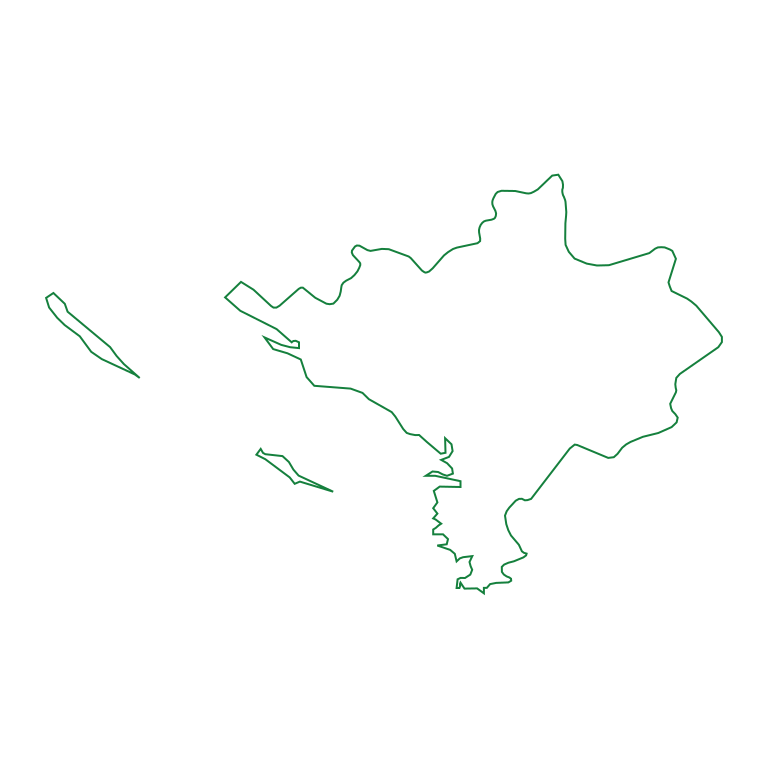 the border of Šibensko-Kninska
{"feature_id": "HRV-1491", "entity_name": "Šibensko-Kninska", "entity_type": "County", "adm_level": 1, "iso_a3": "HRV", "parent_name": "Croatia", "parent_adm1": "", "projection": "orthographic", "projection_center": [15.941, 43.766], "detail": "fine", "context": "isolated", "style": "outline", "palette": "green", "viewbox_px": 768, "rotation_deg": 0, "n_neighbors": 0, "source": "natural_earth", "source_scale": "10m", "svg_char_len": 3647}
<svg xmlns="http://www.w3.org/2000/svg" viewBox="0 0 768 768"><path d="M486.7,587.9L483.9,587.9L483.9,593.3L477.1,588.4L464.5,588.6L460.5,582.6L460.0,584.0L460.1,586.2L459.4,588.0L456.6,588.0L457.6,579.3L460.6,577.9L465.0,578.0L470.3,574.6L472.2,569.8L470.6,566.1L469.5,562.0L472.3,556.1L463.1,557.2L459.8,558.4L456.6,561.4L454.8,553.8L450.2,549.9L437.3,545.5L446.7,544.3L448.0,539.1L443.0,534.3L433.2,534.3L433.2,529.5L435.8,527.9L438.6,525.4L441.2,523.7L435.6,519.5L433.2,518.4L437.4,513.6L433.2,508.2L437.4,502.4L433.8,490.9L439.7,486.6L460.5,487.0L460.5,481.2L435.2,475.8L425.8,475.8L432.5,471.5L438.1,472.0L442.7,474.4L447.0,475.8L452.9,473.6L452.1,468.5L447.1,463.2L441.2,459.9L449.0,456.9L452.6,451.1L451.5,444.3L445.1,438.2L445.5,452.8L440.7,453.7L426.9,442.0L419.1,435.0L415.3,435.1L410.1,434.1L406.7,432.9L403.2,429.0L395.4,416.7L391.7,412.1L368.9,399.2L362.5,392.9L350.6,388.6L314.3,385.8L306.6,377.1L300.8,359.5L287.5,353.3L273.2,349.1L264.5,337.4L281.3,344.9L290.1,347.2L299.0,348.1L299.0,342.3L295.7,340.8L293.4,341.0L292.2,341.8L291.7,342.3L276.6,329.1L240.3,310.8L225.1,297.4L241.0,281.9L253.5,289.7L271.1,306.0L273.5,307.6L276.4,307.6L279.6,305.7L298.7,288.9L300.8,287.7L302.9,287.7L315.3,297.8L326.4,303.7L329.7,304.2L333.4,303.6L337.3,299.7L339.6,295.8L340.7,291.6L341.3,287.3L341.7,285.2L343.4,282.7L346.1,280.7L351.1,278.1L354.5,275.0L357.4,271.4L359.2,267.9L360.3,265.0L360.2,263.3L359.3,262.0L352.9,255.1L351.8,252.5L352.0,250.6L355.0,246.5L356.9,245.5L359.5,245.7L367.4,250.1L370.5,250.9L381.9,248.9L388.8,249.2L408.7,256.5L410.8,258.1L421.9,270.5L423.9,271.9L425.3,272.6L426.8,272.4L429.1,271.5L432.7,268.3L444.0,255.4L448.1,252.1L453.0,249.0L456.9,247.6L477.5,243.2L480.1,241.1L480.2,238.6L479.1,232.5L479.0,230.0L479.6,227.4L480.7,224.9L482.3,222.8L484.0,221.4L485.8,220.7L491.5,219.7L493.9,218.8L495.0,217.8L495.8,215.9L496.1,213.4L495.4,210.9L493.1,206.4L492.4,204.3L492.3,202.6L492.3,202.0L492.4,201.3L492.6,200.3L493.4,198.3L495.7,193.9L497.6,192.0L501.5,190.8L515.2,191.0L526.2,193.3L528.6,193.5L530.9,193.1L533.9,191.7L537.8,189.4L552.2,175.6L558.3,174.7L562.4,181.2L563.0,184.7L562.9,187.8L562.3,189.7L562.3,191.9L562.7,194.0L563.1,195.3L563.5,196.1L563.8,196.6L565.1,200.0L565.5,201.8L566.3,212.1L566.1,215.6L565.4,223.3L565.2,238.8L565.6,244.9L568.8,251.8L574.6,258.6L586.7,263.6L597.0,265.5L608.9,265.2L649.3,253.1L655.1,248.7L657.9,247.4L661.2,247.2L664.7,247.4L669.9,249.5L672.3,250.9L675.9,258.8L668.5,282.4L669.8,286.5L671.6,291.0L687.1,298.6L691.3,301.5L696.3,305.7L718.9,332.2L721.9,336.9L721.9,342.1L718.3,347.2L679.9,373.9L676.3,377.9L675.3,384.2L675.7,387.8L676.3,390.3L675.9,392.3L670.2,403.8L671.1,408.2L672.3,411.0L675.3,414.1L677.7,417.6L676.6,422.4L671.6,427.1L658.3,433.0L642.9,436.8L630.6,441.9L626.2,444.4L622.2,447.7L617.5,453.9L613.8,457.2L608.2,457.9L577.2,445.0L574.7,444.6L569.8,448.5L531.1,498.9L527.5,500.1L524.9,500.3L521.9,498.8L519.0,498.9L515.7,500.7L509.3,507.6L506.7,511.2L505.0,515.6L506.3,524.2L508.3,530.2L511.0,535.5L518.9,544.8L521.9,551.3L523.9,552.8L526.6,553.6L526.1,555.4L523.4,557.4L513.9,561.3L508.5,562.7L504.1,564.6L501.8,566.9L501.9,571.9L503.8,574.5L506.6,576.4L509.4,577.5L511.0,578.7L511.2,580.7L508.4,582.4L496.2,582.9L490.1,584.1L486.8,587.9L486.7,587.9ZM64.8,303.8L67.6,311.7L110.1,347.1L116.7,356.1L123.9,364.1L139.7,378.0L134.9,374.5L101.8,359.1L91.2,351.8L79.8,336.3L64.6,325.0L57.2,317.8L49.1,307.5L46.1,297.9L53.4,293.0L64.8,303.8ZM298.6,475.6L333.2,491.7L299.9,481.6L294.7,483.8L289.7,477.4L265.3,459.2L256.4,454.7L260.7,448.9L263.0,452.9L265.3,454.2L282.5,456.1L288.9,462.0L293.4,469.6L298.6,475.6Z" fill="none" stroke="#15803d" stroke-width="2"/></svg>